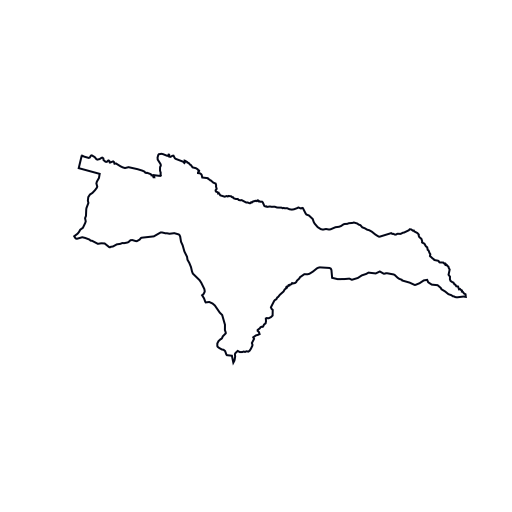 Santa Rosa De Viterbo, Boyacá, Colombia (orthographic projection), rotated 121°
{"feature_id": "7082276B66726044645643", "entity_name": "Santa Rosa De Viterbo", "entity_type": "district", "adm_level": 2, "iso_a3": "COL", "parent_name": "Colombia", "parent_adm1": "Boyacá", "projection": "orthographic", "projection_center": [-72.996, 5.904], "detail": "fine", "context": "isolated", "style": "outline", "palette": "ink", "viewbox_px": 512, "rotation_deg": 121, "n_neighbors": 0, "source": "geoboundaries", "source_scale": "gbopen_adm2", "svg_char_len": 6115}
<svg xmlns="http://www.w3.org/2000/svg" viewBox="0 0 512 512"><g transform="rotate(121 256 256)"><path d="M248.8,423.7L249.8,424.8L248.6,426.2L248.5,427.2L251.2,429.3L251.2,429.6L250.3,430.3L250.0,431.5L250.4,431.9L252.0,432.3L252.5,432.9L252.7,433.7L252.3,436.1L251.0,437.1L250.8,438.3L251.3,438.9L253.5,440.0L255.1,441.6L255.2,442.7L254.3,445.2L254.3,448.6L255.0,449.2L257.2,449.2L258.1,449.9L259.3,454.4L259.5,456.3L259.8,456.1L260.3,456.9L272.0,453.2L266.1,432.3L270.0,430.8L274.2,430.7L276.0,430.2L278.3,427.8L279.5,427.6L282.5,427.9L286.2,428.7L288.8,430.0L291.9,430.1L295.2,428.6L296.8,427.0L302.3,426.0L303.5,425.5L309.2,422.4L311.6,422.0L314.0,419.8L315.7,419.4L321.0,418.9L324.0,420.2L326.4,420.1L328.7,420.4L332.7,422.0L333.6,420.3L333.8,419.1L333.4,418.3L329.4,414.6L328.5,411.7L327.7,407.3L328.0,405.7L327.4,404.3L327.0,397.8L324.8,395.2L323.2,392.2L324.0,386.5L323.8,385.7L323.0,385.3L321.5,383.5L317.7,381.3L315.5,378.6L313.8,377.3L312.8,375.5L310.7,373.2L309.8,372.5L307.4,371.8L306.8,371.4L306.0,370.1L305.2,366.9L304.7,365.8L301.9,364.2L299.9,363.9L299.2,363.4L291.8,353.7L285.0,349.9L284.2,348.6L283.1,345.1L282.4,344.1L281.5,341.6L278.5,337.8L277.3,333.3L277.5,332.3L278.4,331.0L282.4,327.6L284.6,324.4L289.0,319.7L292.2,314.7L294.5,312.8L296.3,309.6L299.0,306.0L302.2,302.9L303.6,301.1L305.8,291.9L307.1,289.2L310.9,283.3L312.6,281.8L313.6,281.5L315.9,281.4L317.4,282.0L319.1,278.7L321.3,276.0L321.7,275.2L319.5,272.4L319.1,268.8L319.6,265.8L323.2,257.9L324.0,254.6L330.9,247.2L335.5,244.5L337.1,242.6L337.9,242.1L342.0,243.1L343.8,242.8L344.9,243.0L345.5,243.5L348.3,244.3L350.9,244.1L353.1,242.8L353.6,242.0L353.8,240.1L353.7,237.0L353.1,235.5L353.4,233.5L355.7,230.7L356.0,229.9L353.9,225.3L359.1,220.5L356.9,220.6L355.6,221.0L352.7,222.2L351.4,223.3L350.6,223.6L349.7,223.6L346.8,222.8L346.7,220.4L345.4,218.3L344.2,217.3L343.9,216.0L342.6,215.1L341.9,213.3L340.5,212.7L338.1,212.6L334.9,212.9L334.0,213.2L332.7,214.7L328.0,215.0L327.1,216.5L324.0,215.1L322.7,213.8L321.1,212.7L319.7,214.3L319.3,216.1L318.5,216.5L316.1,215.5L314.7,215.4L313.6,214.6L313.3,213.8L312.8,213.6L310.6,213.8L308.8,213.1L306.8,213.8L304.5,215.4L303.6,214.8L303.2,213.6L302.7,213.0L300.7,211.7L298.5,211.1L293.6,213.9L293.3,215.4L292.3,216.8L285.1,217.3L284.0,217.1L282.6,216.3L280.6,216.4L279.6,215.9L277.0,215.6L272.2,214.1L270.0,214.2L267.3,213.2L267.1,214.0L266.6,214.0L264.2,212.3L263.9,212.8L261.8,211.0L260.6,211.1L260.2,209.8L259.0,208.6L257.7,208.1L256.0,208.2L253.0,207.3L251.6,207.4L246.7,205.2L245.2,202.5L243.8,201.1L240.1,199.2L235.2,197.4L234.0,196.6L232.9,195.5L229.0,188.0L228.4,186.8L228.3,185.4L229.2,184.1L235.5,179.5L233.8,174.1L230.2,168.3L227.6,164.7L227.3,164.2L227.0,161.6L226.7,161.3L222.4,157.4L218.1,155.3L214.6,152.3L212.3,151.0L209.3,144.4L205.5,141.9L205.4,137.5L204.8,136.5L203.8,135.7L203.2,134.6L201.0,128.7L200.8,127.5L201.7,123.4L201.8,121.4L201.3,118.8L201.7,118.1L199.7,110.6L199.1,105.1L198.6,104.4L195.1,101.8L190.5,99.6L188.3,97.0L189.8,94.9L189.9,93.7L190.0,90.6L187.5,85.3L188.2,81.2L189.0,79.9L189.0,75.7L189.6,71.4L189.0,68.5L189.1,66.3L188.7,65.7L188.6,64.1L187.9,62.4L183.9,57.3L183.0,55.1L180.9,56.7L181.0,58.4L180.2,60.3L180.5,61.2L179.5,61.7L179.5,63.3L179.2,64.1L180.0,64.8L178.1,67.1L178.8,68.7L177.9,70.4L178.1,71.3L177.1,73.1L177.3,74.1L177.2,76.3L176.2,77.7L173.8,79.1L172.9,81.3L167.9,83.0L166.9,84.7L166.0,85.6L165.9,86.8L165.5,87.6L166.0,88.6L165.4,88.7L165.3,89.5L165.0,89.7L165.0,90.1L165.6,90.4L165.2,92.2L166.9,95.2L166.9,95.7L166.3,96.8L166.3,97.5L167.6,101.1L167.1,102.3L167.2,103.1L166.6,105.7L166.6,106.5L166.4,106.9L164.7,107.5L164.0,108.9L162.4,110.9L162.3,112.0L160.4,113.7L160.2,115.4L158.7,118.0L158.9,120.4L158.7,120.8L157.8,121.1L156.1,123.1L155.7,125.7L154.8,127.0L153.8,127.5L153.2,129.5L153.4,133.0L152.9,133.9L153.5,134.5L153.3,136.6L153.9,138.0L155.3,138.3L159.7,141.2L160.3,142.0L162.5,143.4L164.2,146.3L165.6,147.1L166.1,147.9L166.3,149.8L166.9,150.6L166.7,151.7L167.0,152.1L175.7,159.9L176.1,160.6L176.2,162.0L176.1,165.0L175.5,169.2L175.6,172.2L176.2,174.3L176.2,177.0L176.7,179.7L175.8,182.4L176.2,184.2L176.0,185.9L176.9,189.4L177.7,190.0L180.1,193.3L181.5,194.4L182.8,196.4L183.8,197.3L186.6,198.6L188.2,199.9L190.4,202.7L194.7,205.8L195.7,207.0L196.8,209.9L198.9,212.2L199.6,214.3L199.5,218.0L198.0,222.5L197.0,224.2L195.1,226.4L194.0,231.5L194.5,234.1L194.1,235.2L190.8,240.5L191.0,241.2L192.1,241.9L192.6,244.7L193.8,245.4L196.5,247.6L197.8,249.2L198.7,251.4L199.0,253.9L200.3,256.0L200.5,257.0L201.3,257.7L201.4,259.0L203.6,262.9L204.1,265.3L205.8,268.0L206.4,269.6L208.2,271.8L208.1,272.7L208.7,273.4L208.8,274.6L206.7,277.6L206.3,278.6L206.9,279.9L207.4,280.4L207.3,282.6L207.9,282.4L208.0,283.6L208.9,284.1L209.0,285.0L210.3,286.0L210.5,286.5L212.1,287.0L212.3,287.8L213.5,287.9L214.0,288.5L214.5,290.9L215.2,291.9L215.5,297.1L216.4,298.2L216.9,299.8L216.5,301.0L217.5,302.6L217.9,304.2L218.0,305.0L217.5,305.9L217.9,307.0L217.6,307.9L218.7,310.5L219.5,310.8L219.7,312.0L221.3,313.4L222.4,317.9L221.8,318.9L221.7,319.7L221.2,320.4L221.8,320.8L221.2,321.3L221.1,321.7L221.4,323.4L221.0,324.1L220.4,324.5L218.7,324.3L217.1,326.0L215.8,326.7L214.7,327.9L215.1,330.4L214.5,333.6L214.7,334.1L214.4,335.5L214.6,336.4L214.1,337.4L216.4,342.5L214.5,344.3L214.1,345.1L214.0,346.6L214.8,348.4L214.1,348.8L212.5,348.5L212.1,348.7L212.1,349.9L211.7,350.8L211.7,352.8L212.7,356.0L211.6,358.6L211.6,360.0L211.1,361.0L211.0,362.0L211.3,362.8L210.9,363.4L210.9,365.7L211.0,366.2L212.5,365.2L213.2,365.3L212.7,367.0L214.1,374.9L214.0,375.9L212.5,378.4L213.1,379.2L215.1,380.4L215.5,381.6L214.0,382.5L213.9,383.0L214.1,383.2L215.3,382.9L215.5,383.0L215.9,383.9L216.6,388.2L217.1,389.7L218.8,391.7L219.7,391.8L222.3,391.1L224.0,389.9L226.3,385.3L227.0,384.5L227.7,384.1L228.8,384.1L229.8,383.7L232.3,382.2L233.7,380.6L235.2,379.8L236.0,379.0L236.5,379.1L237.3,380.6L239.2,385.0L240.9,383.7L241.3,384.4L240.0,386.1L240.7,387.1L240.2,387.6L240.1,388.6L240.8,392.3L241.3,392.7L241.6,393.8L241.1,395.1L241.4,397.5L242.6,402.3L245.5,411.0L248.1,413.6L248.7,416.0L248.9,418.4L248.8,423.7Z" fill="none" stroke="#020617" stroke-width="2"/></g></svg>